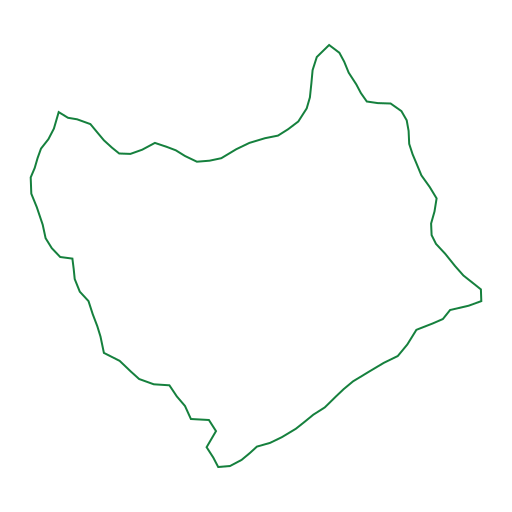 Dumont, São Paulo, Brazil
{"feature_id": "56859067B60617359221879", "entity_name": "Dumont", "entity_type": "district", "adm_level": 2, "iso_a3": "BRA", "parent_name": "Brazil", "parent_adm1": "São Paulo", "projection": "mercator", "projection_center": [-47.981, -21.246], "detail": "fine", "context": "isolated", "style": "outline", "palette": "green", "viewbox_px": 512, "rotation_deg": 0, "n_neighbors": 0, "source": "geoboundaries", "source_scale": "gbopen_adm2", "svg_char_len": 1437}
<svg xmlns="http://www.w3.org/2000/svg" viewBox="0 0 512 512"><path d="M206.6,447.2L213.3,457.6L218.2,467.0L230.0,466.0L241.6,459.9L250.0,452.9L256.9,446.6L270.0,442.9L281.8,437.2L295.8,428.8L305.5,421.1L313.3,414.7L324.8,407.4L336.0,396.4L343.8,389.0L353.1,381.3L369.6,371.3L383.7,362.9L397.8,356.0L407.3,344.5L416.4,329.8L432.6,323.5L442.9,319.0L450.1,310.0L468.7,305.7L481.3,301.1L480.9,289.4L463.4,275.5L455.0,266.0L445.3,253.9L436.0,243.9L431.6,235.1L431.1,223.5L434.5,211.5L436.6,198.4L429.7,187.0L421.4,175.4L416.4,163.3L412.6,154.3L409.2,143.9L408.6,130.9L406.7,120.3L401.4,111.1L390.6,103.5L377.8,103.1L366.8,101.5L360.9,93.1L356.3,84.4L348.7,72.7L344.2,61.7L339.4,52.8L329.1,45.0L316.8,57.0L312.6,70.1L311.4,83.1L309.9,97.4L306.7,108.4L298.3,121.5L288.0,129.3L278.0,135.6L265.0,138.2L249.4,142.9L236.3,149.2L221.3,158.2L209.5,160.7L196.9,161.7L185.0,156.0L175.8,150.3L167.1,147.0L154.9,142.9L142.2,149.7L130.4,153.9L119.2,153.5L111.9,147.6L103.9,140.3L97.7,132.9L90.4,124.1L77.1,119.3L68.0,117.8L58.7,112.1L53.9,128.6L48.4,139.2L41.0,148.6L37.6,158.0L34.7,168.0L30.7,177.4L31.3,193.7L36.8,207.2L42.7,224.7L45.6,238.2L51.8,248.2L60.2,257.0L72.4,258.6L73.7,269.0L74.7,279.0L79.8,291.7L88.5,301.1L92.7,314.1L97.3,326.2L100.5,336.6L103.9,352.9L119.7,360.9L131.0,371.7L139.1,379.0L153.8,384.3L169.4,385.3L176.8,396.4L185.0,406.0L190.9,419.0L208.9,420.0L216.0,431.1L206.6,447.2Z" fill="none" stroke="#15803d" stroke-width="2"/></svg>